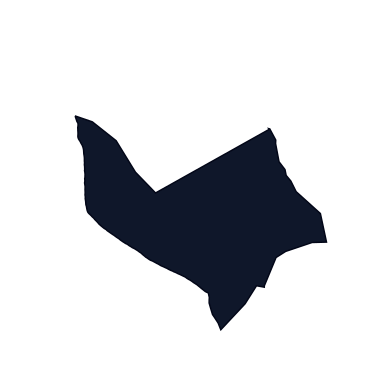 the district of Quatre Chemins, Castries, Saint Lucia, rotated 125°
{"feature_id": "8701671B54761121422893", "entity_name": "Quatre Chemins", "entity_type": "district", "adm_level": 2, "iso_a3": "LCA", "parent_name": "Saint Lucia", "parent_adm1": "Castries", "projection": "orthographic", "projection_center": [-60.975, 13.991], "detail": "fine", "context": "isolated", "style": "filled", "palette": "ink", "viewbox_px": 384, "rotation_deg": 125, "n_neighbors": 0, "source": "geoboundaries", "source_scale": "gbopen_adm2", "svg_char_len": 2540}
<svg xmlns="http://www.w3.org/2000/svg" viewBox="0 0 384 384"><g transform="rotate(125 192 192)"><path d="M155.9,53.1L136.0,74.5L132.0,106.9L126.3,117.4L124.4,124.4L120.3,128.7L117.3,138.1L108.6,147.0L104.4,151.3L101.4,153.2L95.7,164.5L96.1,165.5L96.4,164.7L213.7,221.3L208.2,249.7L193.5,283.6L191.7,313.8L196.6,330.9L197.2,330.8L200.3,326.6L200.8,325.4L201.5,324.4L201.9,324.2L203.1,323.4L203.8,323.0L204.7,322.6L206.2,321.4L206.8,321.0L208.3,319.8L209.8,318.7L211.4,317.7L212.4,317.0L213.5,315.6L214.0,314.5L214.4,313.6L214.7,312.7L215.7,310.9L216.6,308.9L217.7,307.2L218.8,305.9L219.5,305.2L219.9,304.8L220.4,304.4L222.3,302.9L223.1,302.2L223.6,301.7L225.1,300.3L226.5,299.2L228.4,297.9L229.7,296.8L231.4,295.8L232.7,294.6L235.1,292.8L236.1,292.3L236.6,291.8L237.6,290.8L238.0,290.5L238.8,289.8L240.8,288.5L241.1,288.2L242.4,287.7L244.4,286.1L246.0,285.3L246.3,285.1L246.8,284.6L248.7,282.8L250.3,281.7L251.0,281.3L252.3,280.3L253.6,279.3L254.2,278.9L255.7,278.0L257.3,276.5L258.5,275.8L259.6,274.8L260.2,274.2L261.2,273.3L261.6,273.0L263.4,271.5L264.1,270.5L266.3,268.3L267.4,267.1L268.4,265.5L268.8,264.0L268.9,263.0L269.2,261.0L269.5,259.8L269.8,257.5L270.3,255.8L270.8,253.0L271.0,252.1L271.2,251.2L271.6,249.9L271.8,248.1L271.9,247.2L272.1,244.6L272.2,242.9L272.0,240.8L272.3,239.4L272.3,237.4L272.3,236.0L272.3,234.9L272.3,233.0L272.3,232.5L272.2,231.3L272.3,228.6L272.3,227.6L272.2,224.8L272.4,223.2L272.4,222.0L272.4,219.8L272.3,218.8L272.3,217.0L271.9,215.0L272.0,212.6L271.8,210.5L271.8,208.9L271.7,208.4L271.4,206.7L271.2,202.7L271.3,200.7L271.2,199.0L271.6,195.9L271.7,194.0L271.9,192.6L271.8,191.9L271.8,191.3L271.8,189.8L271.8,188.9L271.8,188.1L271.7,186.9L271.6,186.4L271.2,184.9L271.0,183.2L270.7,180.5L270.6,179.5L270.5,179.1L270.4,178.5L270.3,177.2L270.2,175.5L270.1,174.8L269.9,173.9L269.6,172.5L269.2,170.1L268.9,168.9L268.8,167.3L268.7,166.5L268.4,164.5L267.9,162.6L267.8,161.4L267.7,160.8L267.5,160.2L267.2,158.8L266.9,156.5L266.4,154.3L266.3,153.4L266.2,152.9L266.0,151.5L265.9,150.9L265.5,148.5L265.6,146.7L265.5,144.7L265.3,143.3L265.2,140.6L265.3,139.1L265.3,138.6L265.2,137.2L265.2,136.3L265.1,135.1L265.3,132.6L265.4,130.9L265.5,130.1L265.6,128.8L265.7,127.0L265.9,124.0L265.8,123.4L265.7,122.7L265.3,120.8L266.1,119.9L268.5,117.3L270.3,116.2L273.1,114.3L276.5,110.1L280.6,104.9L281.6,102.2L284.3,95.5L288.3,89.4L253.1,84.4L231.8,85.4L228.9,79.1L228.5,78.2L227.3,79.0L225.8,79.3L198.7,85.3L197.5,85.6L192.2,83.4L186.9,81.2L164.5,64.7L155.9,53.1Z" fill="#0f172a" stroke="#020617" stroke-width="1.5"/></g></svg>